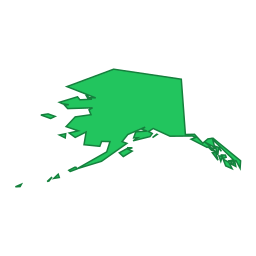 an SVG outline of Alaska
{"feature_id": "USA-3563", "entity_name": "Alaska", "entity_type": "State", "adm_level": 1, "iso_a3": "USA", "parent_name": "United States of America", "parent_adm1": "", "projection": "natural_earth1", "projection_center": [-152.163, 61.314], "detail": "medium", "context": "isolated", "style": "filled", "palette": "green", "viewbox_px": 256, "rotation_deg": 0, "n_neighbors": 0, "source": "natural_earth", "source_scale": "10m", "svg_char_len": 1862}
<svg xmlns="http://www.w3.org/2000/svg" viewBox="0 0 256 256"><path d="M181.3,79.2L185.4,134.5L194.5,134.3L202.8,143.2L207.9,138.9L213.0,138.2L240.6,160.8L240.1,168.2L236.0,160.6L231.7,162.2L231.8,164.4L230.7,163.9L231.3,160.3L233.2,160.2L233.6,159.9L212.7,139.6L214.7,147.3L204.8,142.1L210.1,146.3L207.1,147.4L191.1,139.2L195.6,137.5L192.5,136.0L170.0,136.2L153.2,128.5L148.6,131.5L152.3,133.5L150.0,136.6L133.1,140.8L137.8,137.7L133.6,137.9L135.8,131.8L147.1,131.1L142.1,129.3L145.1,127.1L127.8,134.5L122.1,141.6L126.9,143.4L101.5,161.3L76.9,168.8L106.7,151.9L110.0,141.6L101.6,141.4L99.8,146.3L84.0,144.7L86.1,132.0L75.2,137.4L69.2,133.0L78.2,130.8L66.1,126.6L75.2,116.9L91.0,114.7L89.0,109.8L92.6,107.8L67.7,108.6L64.5,105.1L68.8,104.7L62.6,103.8L59.4,102.3L77.5,96.8L79.9,99.8L92.0,99.2L88.1,98.7L85.7,94.7L89.3,97.6L95.7,97.9L66.9,86.6L113.6,69.2L181.3,79.2ZM132.2,151.1L123.3,156.6L119.3,152.8L126.8,148.7L132.2,151.1ZM232.1,168.7L225.7,165.9L223.1,159.1L228.9,162.4L232.1,168.7ZM55.1,116.4L50.6,118.5L40.9,115.0L48.1,113.9L55.1,116.4ZM211.5,150.2L208.6,147.4L215.7,148.6L211.0,148.8L216.5,151.9L211.5,150.2ZM65.7,133.7L65.2,137.9L59.4,135.0L65.7,133.7ZM218.6,148.1L217.8,154.9L215.3,146.2L219.2,147.7L221.4,151.3L218.6,148.1ZM215.7,152.5L218.0,160.2L212.4,152.8L215.7,152.5ZM76.8,169.0L70.2,171.5L68.8,170.3L74.9,167.2L76.0,167.3L76.8,169.0ZM234.8,161.5L235.8,166.4L232.5,164.7L234.8,161.5ZM220.7,154.9L225.4,155.1L226.2,157.3L223.0,158.5L222.4,155.9L220.7,154.9ZM58.2,174.2L59.3,177.5L53.8,178.4L58.2,174.2ZM127.1,147.7L132.4,147.8L129.1,148.8L127.1,147.7ZM222.3,156.4L220.8,161.3L218.9,155.9L222.3,156.4ZM52.0,177.0L49.0,181.0L47.2,181.5L52.0,177.0ZM21.4,184.2L20.1,186.6L15.4,186.8L21.4,184.2ZM228.0,160.9L230.7,160.6L230.6,161.7L228.0,160.9ZM156.7,134.2L157.2,134.4L152.5,137.6L156.7,134.2Z" fill="#22c55e" stroke="#15803d" stroke-width="1.5"/></svg>